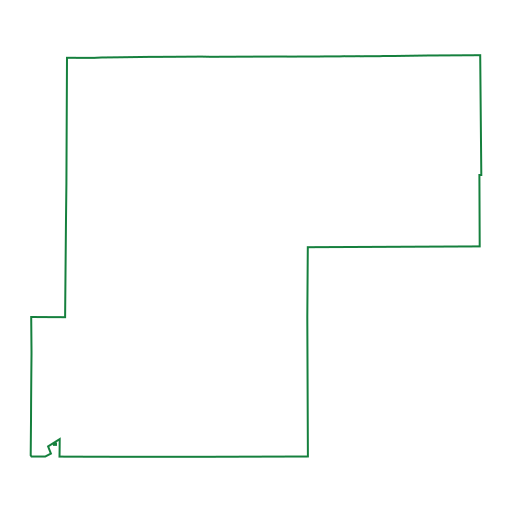 the district of Weld, Colorado, United States of America
{"feature_id": "52423323B62932676099867", "entity_name": "Weld", "entity_type": "district", "adm_level": 2, "iso_a3": "USA", "parent_name": "United States of America", "parent_adm1": "Colorado", "projection": "albers", "projection_center": [-104.512, 40.501], "detail": "fine", "context": "isolated", "style": "outline", "palette": "green", "viewbox_px": 512, "rotation_deg": 0, "n_neighbors": 0, "source": "geoboundaries", "source_scale": "gbopen_adm2", "svg_char_len": 861}
<svg xmlns="http://www.w3.org/2000/svg" viewBox="0 0 512 512"><path d="M479.7,246.4L479.4,175.0L481.3,175.0L480.2,55.2L479.9,55.2L426.9,55.5L394.3,56.0L388.4,56.0L382.9,56.0L379.9,56.2L365.6,56.2L360.2,56.3L359.8,56.2L346.1,56.3L344.5,56.2L339.8,56.4L335.5,56.4L331.4,56.4L325.6,56.4L320.0,56.5L314.3,56.5L287.8,56.6L287.0,56.6L286.8,56.5L210.5,56.8L201.6,56.6L170.7,56.8L147.7,56.9L118.4,57.3L101.4,57.5L93.6,57.9L67.0,57.8L66.4,184.1L66.0,218.8L65.1,317.2L54.2,317.1L53.5,317.1L47.7,317.1L31.2,317.0L31.5,351.9L31.5,354.2L31.3,375.2L31.1,401.3L31.0,421.6L30.7,455.3L31.5,456.5L45.3,456.5L50.9,453.6L48.1,446.4L59.7,439.1L59.6,450.7L59.5,456.6L71.5,456.7L82.6,456.7L123.1,456.8L204.0,456.8L307.9,456.5L307.3,316.9L307.8,247.2L479.7,246.4ZM53.9,444.9L56.0,444.9L56.0,443.5L54.5,443.3L53.9,443.5L53.9,444.9Z" fill="none" stroke="#15803d" stroke-width="2"/></svg>